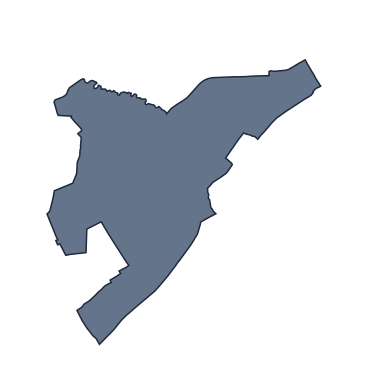 Fagge, Kano, Nigeria, rotated 259°
{"feature_id": "59680162B24316958669382", "entity_name": "Fagge", "entity_type": "district", "adm_level": 2, "iso_a3": "NGA", "parent_name": "Nigeria", "parent_adm1": "Kano", "projection": "natural_earth1", "projection_center": [8.53, 12.032], "detail": "fine", "context": "isolated", "style": "filled", "palette": "slate", "viewbox_px": 384, "rotation_deg": 259, "n_neighbors": 0, "source": "geoboundaries", "source_scale": "gbopen_adm2", "svg_char_len": 4584}
<svg xmlns="http://www.w3.org/2000/svg" viewBox="0 0 384 384"><g transform="rotate(259 192 192)"><path d="M319.8,116.5L320.3,115.8L320.6,114.4L320.4,113.7L319.8,112.3L319.6,111.8L319.2,111.1L319.0,110.6L319.0,110.0L319.3,109.2L319.7,108.7L320.2,108.3L320.9,108.0L321.3,107.7L322.1,107.7L322.5,107.8L322.8,107.8L323.2,107.8L323.6,107.2L323.9,106.1L323.6,105.0L322.1,101.3L317.7,91.6L315.1,89.4L312.3,87.7L310.8,85.6L309.9,83.1L308.5,75.1L306.5,73.7L302.0,74.2L294.8,74.8L292.7,75.3L289.4,88.1L288.2,87.5L286.8,88.4L283.4,90.2L281.5,91.5L278.4,93.3L276.8,94.4L275.1,95.3L274.1,95.5L273.1,95.0L272.5,94.1L271.8,92.4L270.9,91.0L266.7,93.8L265.6,93.4L260.0,91.8L258.9,91.4L258.6,91.3L257.7,91.3L257.4,91.3L256.3,91.0L255.4,90.6L254.4,90.1L253.6,89.9L252.2,89.5L251.3,89.3L250.0,89.0L248.6,88.6L243.5,85.2L232.0,82.2L224.5,77.3L223.4,76.6L219.7,58.1L219.6,57.2L212.7,54.5L200.8,49.0L200.5,48.8L199.0,46.9L198.0,45.5L185.0,48.0L184.3,48.2L174.3,50.1L170.7,51.1L170.4,49.1L165.8,50.0L166.3,52.4L153.9,56.0L154.0,60.3L152.7,76.4L154.0,76.7L175.7,81.7L176.0,82.8L180.1,97.2L166.3,102.1L144.3,110.8L135.7,114.2L132.5,115.8L132.1,116.0L130.5,112.8L129.9,110.3L128.8,106.9L128.3,105.3L126.2,106.2L125.7,106.5L124.1,102.9L121.6,96.1L121.1,94.8L118.5,95.4L118.3,94.6L118.1,93.2L116.2,88.1L113.3,84.1L112.1,81.7L108.8,76.9L104.5,69.9L102.7,64.9L99.9,61.8L97.8,56.5L86.7,59.6L78.4,62.9L71.4,66.5L69.3,67.6L66.9,69.7L60.1,72.1L71.5,88.6L79.7,98.4L82.8,103.0L83.2,103.5L84.8,106.5L89.9,115.2L95.7,125.7L102.0,136.9L106.6,142.9L109.0,145.8L111.2,148.6L113.8,151.8L123.0,162.1L125.2,164.2L127.6,167.2L129.2,168.8L140.3,180.8L149.3,189.0L151.1,190.1L158.3,193.8L160.9,194.9L163.9,204.0L166.1,211.3L167.9,210.0L169.6,209.0L171.4,208.6L173.3,207.5L176.9,207.7L181.2,207.8L182.7,206.8L184.3,207.2L186.1,207.9L188.8,207.4L192.9,208.1L194.1,210.1L197.5,214.4L201.8,224.8L203.8,229.0L204.9,230.5L211.1,236.8L212.7,236.4L219.0,231.5L222.7,235.4L231.9,244.8L235.3,248.4L240.0,253.8L238.2,256.9L237.1,259.4L236.4,260.6L235.3,261.8L234.4,264.3L231.2,266.6L234.6,270.5L235.6,272.1L238.1,275.4L242.7,281.2L244.4,283.3L245.6,285.0L248.4,289.0L251.6,296.1L253.2,299.6L256.1,306.7L258.9,313.6L261.0,318.7L262.7,323.3L263.2,324.8L263.3,325.0L264.3,327.6L265.5,328.8L265.5,329.0L266.6,330.0L266.9,329.8L267.7,330.2L270.0,333.4L270.6,336.3L271.3,338.5L279.6,335.3L279.8,335.2L284.5,333.8L287.2,332.7L296.0,329.6L300.2,328.4L297.8,321.1L294.5,312.0L293.9,309.9L293.6,307.6L294.8,295.6L296.0,292.3L295.6,290.6L293.6,290.2L291.5,289.8L293.6,277.4L294.0,274.8L294.2,273.0L294.3,272.5L295.2,265.7L296.3,259.2L297.2,254.4L300.3,234.0L300.3,230.5L300.1,228.5L299.4,225.6L297.9,222.1L296.7,220.1L295.4,218.3L294.9,217.7L293.7,216.1L291.3,212.9L290.5,211.9L289.9,211.0L288.0,208.7L287.2,207.4L286.4,206.4L285.1,204.4L284.2,202.4L283.5,200.7L282.6,198.4L280.5,193.0L280.4,192.9L277.9,187.4L276.4,185.6L273.5,182.0L275.2,181.8L276.6,180.8L277.7,179.6L278.4,178.1L279.7,177.7L281.3,176.5L282.0,176.1L282.2,175.3L281.6,174.7L281.5,173.1L282.0,172.4L282.9,172.1L283.9,171.7L284.7,171.1L285.6,169.2L286.0,168.0L286.6,167.1L287.1,166.4L286.6,164.4L286.6,163.6L286.8,163.2L287.5,162.9L288.5,163.0L289.0,163.3L289.4,164.1L290.4,164.4L291.3,164.4L292.0,164.1L292.3,163.4L292.4,162.2L292.7,161.2L292.8,160.1L293.3,159.6L293.9,159.3L294.5,158.9L294.5,157.8L294.7,156.9L295.1,156.3L295.4,155.9L296.1,155.6L297.1,156.1L297.9,156.1L298.7,155.4L299.1,154.3L298.7,153.4L297.9,152.3L297.3,151.6L298.2,150.2L299.2,150.4L299.8,150.6L300.0,151.1L300.5,151.2L300.7,150.6L301.1,149.7L301.6,149.2L301.9,148.5L301.8,148.0L301.3,147.5L301.1,147.1L301.6,146.6L302.1,146.3L302.7,145.3L303.2,144.1L303.0,141.7L302.8,140.8L302.3,140.2L301.6,140.0L300.9,139.2L300.7,138.6L301.3,138.2L301.8,137.7L302.4,137.8L302.9,138.0L303.3,138.0L303.7,137.3L304.0,136.5L304.3,136.1L305.0,135.6L305.8,135.2L306.3,134.8L306.5,134.5L306.4,134.3L306.1,134.4L306.0,133.7L305.7,133.1L305.6,132.6L305.6,132.4L305.7,132.1L306.1,131.9L306.5,131.6L307.1,131.3L307.4,130.8L307.6,130.1L307.5,129.1L307.3,128.7L307.0,128.1L307.1,127.7L307.5,127.4L307.8,127.4L308.7,127.2L309.3,126.9L309.7,126.0L310.1,124.4L310.0,123.5L310.2,122.7L310.6,122.3L311.2,122.5L311.9,122.7L312.8,122.8L313.7,122.0L314.2,121.4L314.6,120.8L314.4,120.3L314.0,120.0L313.3,119.7L312.7,119.4L312.5,119.0L312.3,118.2L312.1,117.6L312.1,116.9L312.2,116.2L312.5,115.7L313.1,115.7L313.8,115.9L314.4,115.8L315.1,116.2L315.4,116.7L316.1,117.3L316.3,118.0L316.5,118.6L316.7,119.2L317.0,119.4L317.3,119.1L317.9,119.0L318.4,118.7L318.8,117.8L319.4,117.1L319.8,116.5Z" fill="#64748b" stroke="#1e293b" stroke-width="1.5"/></g></svg>